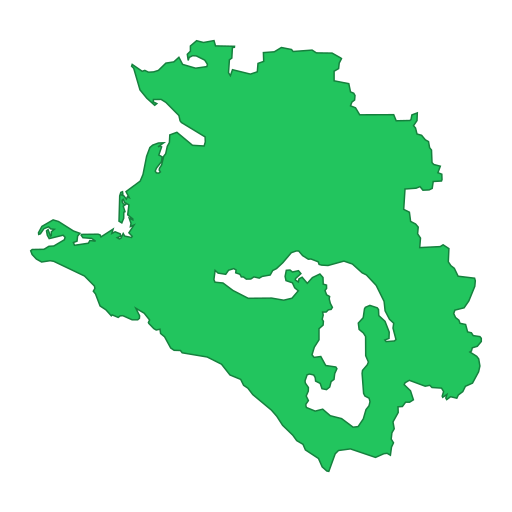 map outline of Krasnodar (Mercator projection)
{"feature_id": "RUS-2371", "entity_name": "Krasnodar", "entity_type": "Territory", "adm_level": 1, "iso_a3": "RUS", "parent_name": "Russia", "parent_adm1": "", "projection": "mercator", "projection_center": [39.522, 45.126], "detail": "fine", "context": "isolated", "style": "filled", "palette": "green", "viewbox_px": 512, "rotation_deg": 0, "n_neighbors": 0, "source": "natural_earth", "source_scale": "10m", "svg_char_len": 6023}
<svg xmlns="http://www.w3.org/2000/svg" viewBox="0 0 512 512"><path d="M375.5,457.4L350.4,448.9L338.5,450.5L335.2,453.8L328.8,471.4L326.8,471.0L322.2,466.9L318.5,458.5L305.4,449.9L303.0,444.3L296.7,440.6L292.8,435.2L282.6,425.3L276.8,416.3L271.4,410.1L252.8,394.6L247.9,388.2L243.6,385.3L240.7,379.4L230.0,375.0L221.5,364.2L207.2,357.0L182.2,352.8L180.4,350.5L174.1,350.3L170.7,348.0L164.6,336.8L160.6,333.5L160.0,329.2L156.2,330.0L153.8,328.6L148.8,323.4L148.4,322.5L149.6,320.0L144.2,313.2L135.8,308.2L139.6,315.8L139.4,318.3L137.7,319.8L132.1,319.8L122.9,315.7L120.3,315.8L118.2,317.4L112.2,314.9L111.3,315.8L105.9,309.8L100.1,306.0L95.5,293.9L93.3,291.2L94.9,288.4L94.4,286.0L84.5,276.0L53.7,261.3L50.1,260.7L41.6,262.0L36.3,259.0L32.1,254.5L30.7,250.8L32.2,249.5L44.0,249.3L48.9,246.3L53.8,246.0L64.3,239.8L65.1,237.3L63.1,235.2L49.2,238.6L47.3,235.2L46.5,230.9L48.1,229.6L50.4,236.1L51.3,235.6L51.3,231.8L54.3,229.3L50.7,228.9L48.6,226.8L43.9,228.7L40.4,233.8L38.7,234.4L38.5,232.7L41.9,226.4L53.1,219.9L58.5,221.5L73.5,231.0L79.9,233.3L77.6,236.1L77.0,241.2L73.4,242.5L74.5,245.3L88.4,243.2L89.9,240.5L95.6,241.2L91.7,238.4L82.9,237.7L81.1,235.1L81.6,234.4L98.1,234.2L100.1,234.9L101.0,236.9L113.1,229.1L111.8,233.5L115.1,231.8L120.2,233.8L120.8,236.1L117.2,237.7L119.4,239.0L121.0,238.1L123.2,233.5L124.7,236.1L131.5,237.5L132.2,236.3L128.9,232.8L134.0,225.0L130.4,226.6L131.0,223.4L129.2,218.1L132.8,219.9L132.8,218.9L127.7,214.8L128.9,204.9L124.5,202.2L123.2,199.3L122.2,200.1L122.2,202.0L123.3,203.9L125.6,204.5L123.2,206.2L125.0,211.7L123.8,212.2L123.7,218.3L121.8,222.9L119.0,221.2L119.7,195.9L120.8,192.4L122.5,191.7L122.9,194.2L121.4,195.0L123.8,195.8L126.4,199.1L127.4,196.8L129.2,197.6L126.0,191.6L140.2,181.1L143.0,174.5L146.6,156.3L149.9,147.5L152.7,145.1L158.4,143.0L163.7,142.8L158.0,146.9L159.9,146.0L161.6,146.9L158.8,155.0L162.2,156.9L161.5,161.6L156.5,168.0L155.2,171.1L156.4,172.9L158.6,173.2L160.4,171.9L159.2,170.1L159.5,168.3L161.6,165.0L163.7,156.3L165.7,153.7L167.3,146.3L169.4,142.5L169.8,134.9L176.9,132.3L192.5,145.3L204.1,146.0L205.3,142.0L205.1,136.9L181.4,122.5L180.1,120.8L178.9,115.5L165.9,102.4L161.1,99.4L153.4,99.5L153.2,101.8L156.8,103.6L154.7,105.3L146.8,98.2L140.0,89.9L133.7,68.3L131.6,66.2L132.2,64.4L142.2,71.3L144.8,70.4L148.5,72.2L153.6,71.9L158.4,70.4L165.9,63.1L173.8,61.9L178.9,57.3L182.6,64.4L195.6,68.2L206.9,66.6L207.4,64.2L204.7,60.1L196.3,55.9L192.6,55.7L189.2,57.4L188.2,60.4L187.3,54.3L190.4,51.2L190.4,46.0L196.6,40.7L203.5,42.5L214.0,40.6L215.5,45.9L234.5,46.3L234.4,47.3L232.4,47.6L231.8,58.1L229.4,59.8L228.5,72.7L230.4,75.7L232.5,69.7L250.4,74.1L257.3,71.8L258.0,63.4L263.7,61.4L263.4,52.6L274.3,51.8L281.4,47.5L291.5,49.5L293.1,51.5L312.1,50.1L316.4,52.9L332.1,53.1L340.8,58.0L341.5,58.6L339.2,63.1L338.6,68.6L334.1,71.2L334.1,80.8L348.8,83.7L350.5,91.9L353.7,93.2L355.0,95.5L354.6,100.0L351.9,102.1L350.5,105.8L355.5,107.8L359.7,114.8L393.7,114.7L396.2,120.8L409.9,120.5L411.0,119.6L411.9,114.9L417.3,112.9L417.0,120.6L413.5,125.7L415.5,128.0L417.0,134.0L421.6,135.3L425.3,139.8L428.5,141.6L429.6,147.7L431.5,150.1L432.0,162.6L433.8,164.5L440.3,166.2L437.9,172.7L441.8,174.2L442.0,179.6L441.5,181.0L433.2,181.5L432.2,188.4L429.1,189.9L422.9,190.2L420.0,186.6L416.1,188.2L405.0,189.0L403.7,209.4L409.4,212.2L410.6,221.4L415.6,224.0L418.2,227.1L417.6,233.8L420.5,238.1L419.7,247.6L440.2,246.6L443.1,244.8L448.9,248.6L448.3,261.8L450.9,265.7L454.3,268.3L458.1,276.2L474.6,278.2L475.3,280.8L474.8,286.3L468.8,301.0L464.1,307.8L454.9,310.1L453.7,313.5L455.5,317.5L458.9,320.2L460.0,323.3L465.6,324.5L467.6,331.9L471.4,332.8L473.2,335.6L479.9,336.6L481.3,338.3L481.3,341.5L477.3,346.3L472.3,347.8L471.4,351.1L469.9,352.0L476.7,356.3L478.7,358.9L479.9,366.0L478.6,371.8L472.5,383.1L465.4,386.3L462.8,391.6L458.3,395.0L456.8,398.2L450.6,396.7L446.7,399.6L445.8,398.0L446.9,394.5L442.7,397.3L442.2,396.1L443.6,391.5L441.5,388.1L432.0,387.5L429.8,385.3L425.2,386.2L409.3,380.3L405.0,382.8L404.2,384.7L410.5,390.8L413.4,399.8L409.6,402.2L405.6,402.2L402.4,406.5L398.0,406.8L398.2,412.5L393.0,421.9L394.2,428.8L391.9,432.8L391.2,439.1L393.5,442.8L391.5,447.1L390.4,455.2L387.1,453.3L383.9,453.7L375.5,457.4ZM308.3,259.2L302.6,255.6L298.7,251.0L296.1,251.0L291.3,252.7L282.8,262.7L276.5,268.6L272.7,270.5L270.2,275.0L262.2,276.4L259.3,278.1L253.9,276.9L250.8,279.0L246.3,279.1L243.4,276.9L241.3,276.9L240.0,274.3L235.7,272.8L236.1,270.0L233.8,268.6L228.6,270.2L225.7,274.3L218.1,273.1L215.1,270.4L213.9,279.6L215.0,282.2L223.0,283.0L233.0,290.5L248.2,298.3L271.7,298.1L283.7,300.2L292.0,298.2L298.3,290.8L294.7,287.8L292.4,282.8L286.0,280.6L285.1,276.4L286.3,270.3L290.0,270.0L292.4,272.0L298.5,270.7L300.9,273.6L295.5,278.6L295.3,280.0L298.3,281.9L299.0,278.9L302.1,277.2L307.3,283.3L312.4,277.6L319.9,274.0L323.0,277.5L323.2,284.1L326.5,285.1L326.6,288.4L325.0,290.5L326.6,294.8L329.6,296.5L329.2,298.9L330.3,303.3L332.4,307.4L331.1,309.4L328.4,309.8L326.2,312.0L322.6,312.1L323.2,315.1L322.2,319.3L323.4,321.3L323.1,325.1L319.0,328.7L319.0,339.8L314.3,347.2L312.0,354.8L314.1,357.4L320.8,356.5L325.7,365.5L335.8,367.0L336.9,368.7L334.7,373.6L334.0,379.4L331.1,381.6L329.7,387.0L326.5,389.6L322.0,388.7L320.2,383.4L315.6,381.1L315.2,377.6L313.7,375.0L309.6,374.0L307.1,374.8L305.0,380.9L305.4,383.2L308.4,387.5L308.3,391.1L306.2,396.0L308.4,400.6L305.9,404.2L305.9,405.8L306.4,407.5L315.2,411.1L322.7,409.2L330.2,415.7L341.6,418.6L353.1,427.2L358.1,426.6L363.3,418.9L366.0,409.6L369.0,405.8L370.0,401.7L369.1,398.2L364.9,396.0L363.6,393.4L362.1,373.4L362.5,370.4L367.3,364.8L368.4,362.0L365.7,355.7L365.6,336.5L363.4,333.0L359.1,329.4L358.3,323.1L363.2,317.7L364.5,308.8L365.4,307.3L369.9,305.4L377.2,307.8L378.5,309.5L378.8,315.6L385.0,321.3L389.2,332.1L389.0,338.4L384.8,340.0L386.1,341.6L394.3,341.0L396.0,339.6L393.0,328.1L393.7,323.2L389.5,319.3L385.1,310.8L384.1,301.4L376.2,285.4L366.4,274.9L362.1,272.8L352.4,264.0L343.9,261.1L328.0,265.5L321.6,265.1L319.1,264.4L318.2,261.8L311.0,259.0L308.3,259.2Z" fill="#22c55e" stroke="#15803d" stroke-width="1.5"/></svg>